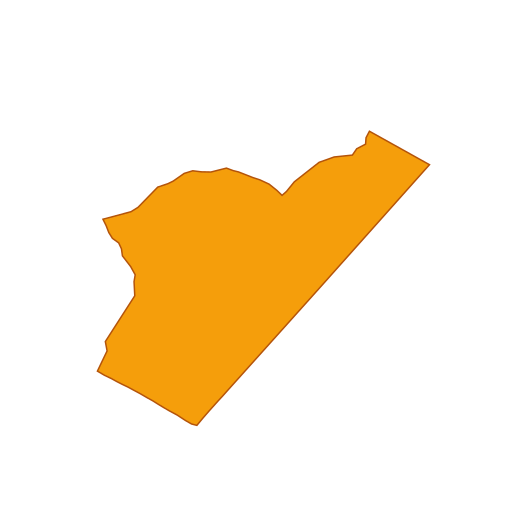 the district of Tibau, Rio Grande do Norte, Brazil, rotated 148°
{"feature_id": "56859067B59166838740608", "entity_name": "Tibau", "entity_type": "district", "adm_level": 2, "iso_a3": "BRA", "parent_name": "Brazil", "parent_adm1": "Rio Grande do Norte", "projection": "robinson", "projection_center": [-37.303, -4.888], "detail": "fine", "context": "isolated", "style": "filled", "palette": "amber", "viewbox_px": 512, "rotation_deg": 148, "n_neighbors": 0, "source": "geoboundaries", "source_scale": "gbopen_adm2", "svg_char_len": 960}
<svg xmlns="http://www.w3.org/2000/svg" viewBox="0 0 512 512"><g transform="rotate(148 256 256)"><path d="M60.5,241.5L93.7,301.7L100.0,298.0L103.8,292.8L113.7,293.6L120.8,290.5L137.3,298.6L143.4,299.9L152.8,302.0L184.2,298.6L195.9,294.6L201.8,293.6L203.5,300.5L206.8,310.0L212.4,318.6L217.1,324.2L226.3,336.6L230.1,340.5L234.5,346.2L249.7,351.1L257.7,356.3L264.5,361.8L273.1,364.1L286.5,363.4L292.3,364.0L302.8,366.5L330.2,359.8L338.5,359.8L366.3,368.3L367.0,361.2L368.4,353.9L368.4,347.0L365.5,339.9L366.3,333.4L369.2,326.9L367.9,313.4L368.4,304.1L373.0,298.9L379.9,286.5L429.1,263.3L432.6,254.4L446.0,245.9L451.5,242.4L447.7,235.1L443.5,228.5L440.6,223.3L437.3,217.8L434.1,212.8L431.0,207.3L427.2,200.7L423.2,193.1L420.4,188.1L417.4,181.9L414.5,176.2L411.5,170.5L407.1,162.8L403.0,153.9L399.7,147.7L395.9,143.7L386.5,146.8L377.7,149.5L364.9,153.2L358.6,154.9L350.4,157.3L216.0,196.1L60.5,241.5Z" fill="#f59e0b" stroke="#b45309" stroke-width="1.5"/></g></svg>